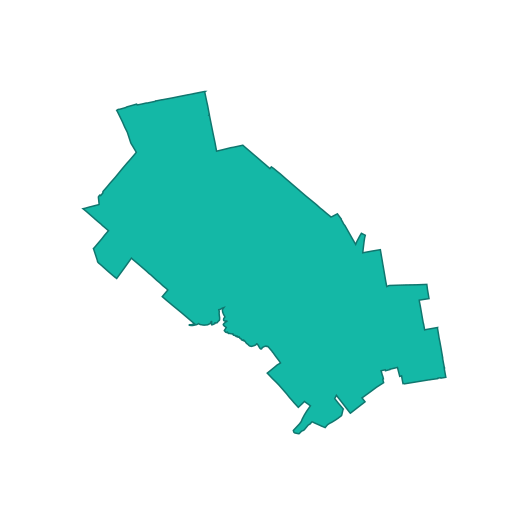 outline of Fratesti, Giurgiu, Romania, rotated 340°
{"feature_id": "2599482B51222543390169", "entity_name": "Fratesti", "entity_type": "district", "adm_level": 2, "iso_a3": "ROU", "parent_name": "Romania", "parent_adm1": "Giurgiu", "projection": "mercator", "projection_center": [25.914, 43.99], "detail": "fine", "context": "isolated", "style": "filled", "palette": "teal", "viewbox_px": 512, "rotation_deg": 340, "n_neighbors": 0, "source": "geoboundaries", "source_scale": "gbopen_adm2", "svg_char_len": 5980}
<svg xmlns="http://www.w3.org/2000/svg" viewBox="0 0 512 512"><g transform="rotate(340 256 256)"><path d="M372.4,306.7L372.7,305.3L375.0,292.6L367.0,291.1L357.4,289.5L359.2,285.9L362.5,279.4L364.3,276.1L365.8,273.9L362.8,270.7L360.1,272.9L355.5,277.1L353.6,279.2L352.5,272.9L350.1,258.6L350.0,257.9L349.3,255.9L349.0,253.2L348.6,251.4L348.6,250.9L348.8,250.5L346.9,244.2L343.8,244.6L340.9,245.0L339.7,245.0L339.5,244.8L339.5,244.4L336.9,240.1L334.2,235.3L332.8,233.1L330.4,228.5L323.2,216.4L316.3,204.1L310.8,194.3L307.0,187.3L304.8,183.7L302.6,179.9L301.6,178.5L300.9,177.5L299.0,178.6L282.7,149.6L281.5,147.4L272.0,146.1L269.5,145.6L260.8,144.7L254.8,144.0L256.2,135.7L257.5,126.6L260.2,108.8L260.3,108.3L260.2,108.2L259.8,107.6L260.5,107.3L260.8,105.3L262.0,98.1L262.5,94.1L263.9,84.4L264.7,84.1L263.8,83.8L237.4,79.7L231.9,78.9L221.8,77.2L220.5,76.9L215.8,76.2L214.6,75.9L214.2,76.2L205.7,75.0L205.5,74.8L205.3,74.7L201.0,74.2L197.1,73.6L196.0,73.4L195.9,73.2L195.9,72.7L195.7,72.4L190.8,72.1L185.6,71.7L184.5,71.9L183.7,71.9L178.3,71.5L177.7,71.4L176.7,71.1L176.1,71.2L176.1,71.3L174.9,71.5L175.2,73.2L176.4,84.5L176.7,89.7L177.4,95.7L177.0,107.0L177.3,108.9L177.5,109.6L179.0,117.6L176.9,118.9L168.7,123.5L167.3,124.2L160.6,128.0L150.7,133.9L143.5,137.8L139.6,140.1L134.5,142.9L134.1,143.3L133.9,143.7L133.8,144.3L133.7,144.4L131.5,145.6L130.9,146.1L130.6,146.1L130.3,145.4L130.1,145.3L129.5,145.6L128.4,146.3L128.1,146.6L127.8,147.6L126.3,153.7L126.2,153.9L124.9,153.9L122.4,153.6L118.0,153.2L116.4,153.0L111.9,152.7L109.6,152.4L110.4,153.7L111.8,156.1L116.6,164.8L117.3,166.2L118.2,167.7L119.0,169.2L121.3,173.1L122.1,174.9L123.2,176.7L126.0,181.8L120.8,184.7L117.2,187.0L112.8,189.5L106.5,193.1L105.8,193.3L105.4,205.8L105.2,207.0L105.3,207.8L105.8,209.0L106.8,210.6L112.1,220.5L116.2,227.7L116.3,227.6L117.4,229.5L122.9,225.8L128.4,222.1L138.2,215.4L139.0,217.0L142.8,223.6L148.0,232.9L149.5,235.9L150.6,237.5L152.2,240.6L154.4,244.9L156.4,248.3L158.3,252.1L160.6,255.9L161.5,257.8L154.0,262.1L156.3,266.3L160.5,273.5L166.3,283.3L175.0,298.6L171.9,298.5L171.0,298.2L170.0,297.8L169.7,297.9L169.6,298.1L169.7,298.3L170.6,298.8L171.5,299.2L172.2,299.5L173.0,299.7L176.7,300.2L178.7,300.0L179.0,299.9L179.5,300.7L179.9,301.1L180.7,301.7L181.6,302.1L182.3,302.6L183.8,303.3L187.0,304.1L187.9,304.0L189.7,303.8L190.1,303.6L191.1,302.5L191.4,302.3L191.7,302.3L191.8,302.4L191.9,302.5L190.9,304.8L190.8,305.3L190.9,305.6L191.8,305.7L194.2,305.5L194.4,305.4L194.5,304.8L194.6,304.7L195.8,305.3L196.5,305.4L196.9,305.3L198.0,304.5L199.4,304.0L199.9,303.6L200.7,301.7L201.1,299.7L201.7,297.4L202.5,295.5L202.6,295.0L202.5,293.9L202.6,293.7L202.8,293.7L203.6,293.9L205.2,293.7L205.9,293.5L208.1,293.5L206.9,294.3L206.3,294.8L206.0,295.2L205.8,295.9L205.5,297.2L205.5,299.1L205.6,300.3L205.9,301.9L205.9,302.7L205.8,302.8L204.7,303.4L204.2,303.9L203.8,304.6L203.6,305.3L203.7,305.7L204.0,306.1L205.1,306.7L206.1,307.0L206.3,307.1L206.4,307.3L206.2,307.4L204.5,307.8L203.0,308.4L202.1,308.9L201.8,309.2L201.8,309.7L202.0,310.4L202.4,311.2L203.6,313.0L202.7,313.7L200.7,315.2L200.7,315.4L200.9,315.6L200.9,315.9L201.1,316.1L201.2,316.3L201.3,317.1L201.7,317.2L201.9,317.6L202.1,317.8L202.5,317.9L202.9,317.7L203.1,317.7L203.2,317.9L203.2,318.6L203.5,318.9L203.6,319.3L203.8,319.5L204.7,319.7L204.9,319.9L205.2,320.0L205.4,320.2L205.8,320.4L206.2,320.7L207.2,321.0L207.8,321.6L207.5,322.0L207.8,322.3L207.9,322.8L208.2,322.9L209.3,323.6L209.3,324.1L209.5,324.3L209.9,324.4L209.9,324.9L210.0,325.0L210.4,324.7L210.5,324.7L210.8,324.7L211.0,325.2L211.1,325.9L211.3,326.1L211.6,326.3L212.2,326.1L212.4,326.1L212.5,326.4L212.7,327.7L212.9,328.1L213.5,328.4L213.6,328.6L213.7,329.1L213.6,329.6L213.7,329.8L215.3,331.3L215.3,330.8L215.4,330.6L215.5,330.7L215.8,331.0L216.1,331.7L216.6,332.7L216.9,334.0L217.3,335.0L218.2,336.3L218.8,337.7L219.3,338.4L220.8,339.4L222.0,339.5L223.8,339.6L225.1,339.5L225.7,339.3L226.4,338.9L226.6,338.7L226.9,338.9L227.1,339.2L227.4,340.3L227.6,341.2L228.0,343.6L228.4,344.6L228.7,345.0L228.9,345.1L229.2,345.2L229.8,345.0L230.1,344.6L230.8,344.2L232.0,344.0L232.9,343.9L233.5,344.0L234.6,344.0L234.8,344.2L235.4,344.9L235.7,345.0L236.1,344.9L236.3,345.1L236.4,345.3L237.3,347.9L238.5,351.0L238.6,351.8L238.9,352.4L240.2,357.1L241.2,360.3L242.0,362.9L242.0,363.5L242.5,364.5L242.4,365.0L241.0,365.2L238.7,365.6L235.2,366.9L226.5,369.9L229.7,377.2L231.7,381.3L233.4,385.1L237.7,396.2L239.1,400.5L240.9,405.0L241.4,406.5L244.0,412.7L251.1,409.6L251.4,409.4L251.7,409.2L255.9,415.4L250.5,419.2L247.1,421.9L243.7,425.0L242.1,426.8L241.6,427.2L239.5,428.6L231.4,432.7L231.3,433.0L231.4,433.7L231.3,434.5L231.7,435.3L232.5,435.9L235.1,437.5L235.6,437.7L235.8,437.7L237.8,436.7L239.1,436.2L239.8,436.1L240.9,436.1L242.0,435.8L247.1,432.8L247.9,432.6L249.6,432.3L250.3,431.8L252.0,431.0L252.5,431.4L253.4,432.4L254.5,433.5L258.7,437.5L259.0,437.8L259.1,438.1L259.7,438.5L262.3,440.9L264.8,439.4L265.9,438.9L268.2,438.4L270.2,438.2L274.6,437.3L277.8,436.5L278.9,436.1L280.4,435.7L281.6,435.3L282.1,434.9L284.9,430.6L285.4,429.9L285.7,429.7L282.9,422.1L281.2,416.9L283.9,414.4L290.7,435.6L290.9,436.0L291.9,435.7L308.6,430.3L307.1,425.6L317.2,422.7L324.1,420.6L332.6,418.7L332.9,415.2L333.7,415.1L334.0,412.3L334.0,411.9L333.9,411.7L334.1,409.2L334.3,406.6L338.5,407.1L338.4,408.1L343.0,408.5L343.1,408.2L350.8,409.1L349.9,418.3L351.8,418.4L351.1,422.2L350.5,426.1L350.9,426.1L351.4,426.7L351.8,426.9L377.1,431.7L377.1,431.8L378.4,432.0L384.9,433.4L385.1,433.3L385.3,433.0L387.9,433.5L388.0,434.0L392.9,434.9L394.2,427.3L394.8,424.7L394.9,424.8L394.9,424.6L396.4,415.6L396.6,415.6L397.5,410.5L398.2,406.7L399.4,399.7L400.0,395.6L400.7,392.1L401.7,386.7L401.9,385.8L402.2,385.3L391.4,383.4L389.2,383.1L390.2,377.3L390.3,375.8L393.2,359.6L394.0,354.5L394.3,353.3L404.0,355.2L405.7,346.0L406.8,341.1L396.8,337.9L386.4,334.3L371.2,329.3L370.2,329.3L368.5,329.5L368.6,328.4L369.2,324.5L372.1,308.6L372.4,306.7Z" fill="#14b8a6" stroke="#0f766e" stroke-width="1.5"/></g></svg>